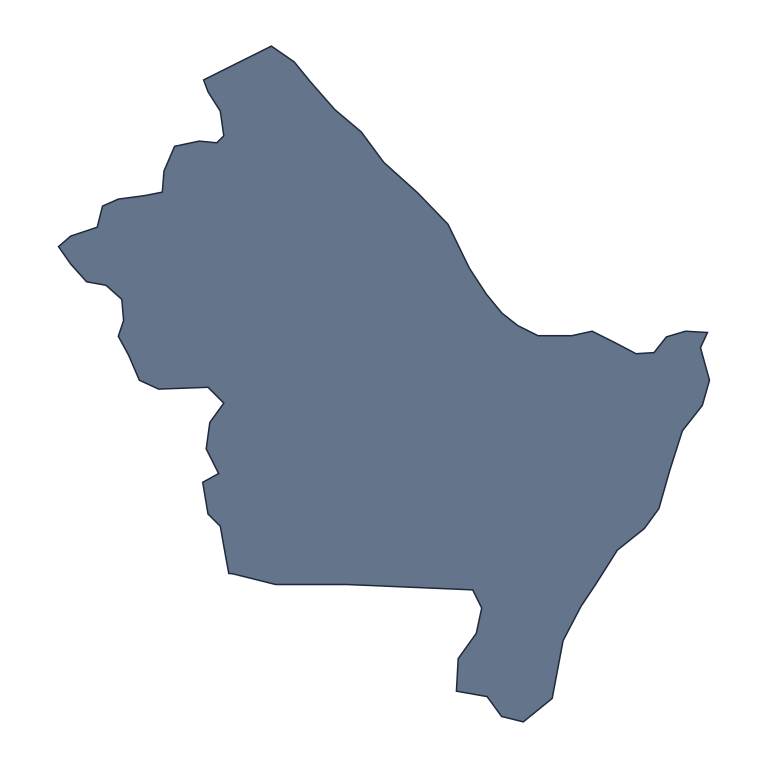 outline of Karlskrona, Blekinge, Sweden
{"feature_id": "70781695B53871800350845", "entity_name": "Karlskrona", "entity_type": "district", "adm_level": 2, "iso_a3": "SWE", "parent_name": "Sweden", "parent_adm1": "Blekinge", "projection": "mercator", "projection_center": [15.674, 56.309], "detail": "fine", "context": "isolated", "style": "filled", "palette": "slate", "viewbox_px": 768, "rotation_deg": 0, "n_neighbors": 0, "source": "geoboundaries", "source_scale": "gbopen_adm2", "svg_char_len": 1105}
<svg xmlns="http://www.w3.org/2000/svg" viewBox="0 0 768 768"><path d="M228.8,573.5L232.2,573.7L275.6,584.5L346.1,584.5L431.1,588.1L472.7,589.9L481.7,608.0L476.3,633.3L458.2,658.6L456.4,691.2L487.1,696.6L501.6,716.5L523.3,721.9L552.2,698.4L563.1,640.6L581.1,606.2L595.6,584.5L617.3,550.2L644.4,528.5L658.9,508.6L669.7,470.6L682.4,430.8L702.3,405.5L709.5,380.2L700.5,347.7L707.5,332.5L685.5,331.2L666.4,336.9L654.0,352.6L636.0,353.7L616.8,343.6L592.1,331.2L571.8,335.7L538.0,335.7L517.8,325.6L502.0,313.2L486.3,294.1L469.4,268.2L448.0,224.3L417.6,192.8L383.8,162.4L362.2,133.2L361.3,132.0L334.6,109.4L310.0,81.3L294.2,61.9L271.3,46.1L246.7,58.4L203.6,79.9L208.0,91.8L220.3,111.2L223.8,135.8L216.8,142.8L199.2,141.1L174.6,146.3L164.0,171.0L162.3,192.1L144.7,195.6L118.3,199.1L102.5,206.1L97.2,227.2L70.8,236.0L58.5,246.6L70.8,264.2L86.6,281.8L106.0,285.3L121.8,299.4L123.6,320.5L118.3,336.3L128.8,355.6L139.4,380.3L158.7,389.1L208.0,387.3L223.8,403.1L209.8,422.5L206.2,448.9L218.6,473.5L202.7,482.3L208.0,514.0L220.3,526.3L225.6,556.2L228.8,573.5Z" fill="#64748b" stroke="#1e293b" stroke-width="1.5"/></svg>